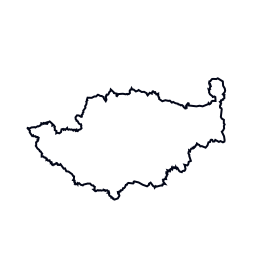 the district of Tumbiscatío, Michoacán, Mexico, rotated 16°
{"feature_id": "50627088B697962436466", "entity_name": "Tumbiscatío", "entity_type": "district", "adm_level": 2, "iso_a3": "MEX", "parent_name": "Mexico", "parent_adm1": "Michoacán", "projection": "orthographic", "projection_center": [-102.522, 18.584], "detail": "fine", "context": "isolated", "style": "outline", "palette": "ink", "viewbox_px": 256, "rotation_deg": 16, "n_neighbors": 0, "source": "geoboundaries", "source_scale": "gbopen_adm2", "svg_char_len": 5838}
<svg xmlns="http://www.w3.org/2000/svg" viewBox="0 0 256 256"><g transform="rotate(16 128 128)"><path d="M220.5,101.8L219.6,99.7L219.9,97.9L218.8,97.1L217.9,93.7L215.5,93.1L214.2,91.7L212.9,84.1L212.3,83.3L210.9,83.0L210.3,81.5L210.7,80.6L210.4,79.8L210.8,79.1L210.7,78.4L209.2,77.5L210.1,76.5L209.8,75.8L211.6,74.6L211.3,74.1L212.4,72.7L211.8,71.0L211.1,70.5L211.5,69.7L209.9,69.3L211.0,67.2L211.1,65.4L210.1,63.3L207.8,61.2L206.3,57.1L200.6,55.5L199.4,56.6L196.1,57.4L195.1,58.0L194.2,60.4L193.4,60.7L193.4,61.7L193.8,63.1L194.7,63.0L196.0,64.9L195.6,65.1L195.9,65.3L195.5,67.5L196.1,68.0L195.6,68.5L195.7,69.4L195.2,69.2L196.0,70.5L196.1,71.4L197.5,73.0L200.5,74.2L201.0,74.8L202.4,73.9L203.4,74.2L204.7,77.9L201.6,78.7L200.9,79.6L200.9,81.1L200.4,82.1L199.6,82.0L199.4,82.6L198.6,82.0L198.6,82.9L193.8,86.6L190.6,86.9L187.9,88.3L180.2,89.6L179.6,87.7L178.9,87.6L178.0,89.6L178.2,90.4L177.8,90.8L178.4,91.2L178.7,92.3L178.3,92.3L178.1,93.3L177.5,93.4L177.0,92.7L176.1,92.8L174.6,91.5L173.5,91.1L172.4,91.7L171.4,91.3L169.8,91.4L169.3,90.9L166.7,91.1L164.2,90.5L163.2,91.5L160.7,90.2L159.3,90.8L156.3,91.0L153.6,92.8L149.9,91.5L149.5,90.0L148.8,89.7L148.1,88.6L148.0,87.9L147.7,87.9L147.5,86.7L146.0,87.9L144.7,86.6L144.4,87.0L143.9,86.9L143.9,86.1L143.2,86.3L141.9,85.8L141.5,86.2L141.5,87.1L141.1,87.8L141.3,88.4L139.2,88.2L137.9,91.2L136.8,90.3L136.3,89.4L133.5,88.8L131.2,89.6L127.7,88.6L127.3,89.3L125.5,90.7L122.8,89.5L121.5,89.8L120.5,88.8L120.4,90.2L119.8,90.5L119.4,91.9L120.2,93.9L119.4,95.2L118.7,95.2L118.2,95.8L117.5,95.6L116.5,96.2L113.7,96.5L109.5,98.0L108.6,100.4L108.0,100.2L107.6,98.1L104.9,98.3L104.6,97.7L100.8,95.7L100.9,97.5L100.1,98.7L99.9,100.8L99.5,101.5L98.3,101.8L98.1,102.8L98.4,103.1L98.0,104.1L99.5,106.8L99.2,108.3L96.8,106.4L95.9,105.0L93.9,104.5L92.4,104.8L90.4,104.3L89.8,104.4L88.6,106.5L86.9,107.0L84.8,109.0L80.8,110.0L80.7,112.1L81.3,112.7L80.6,114.0L81.2,114.9L81.4,116.8L80.8,118.9L81.5,120.3L80.2,123.7L80.8,125.1L80.3,126.0L80.6,127.3L79.9,128.2L80.5,129.8L79.9,130.2L77.3,129.5L75.5,129.9L74.6,132.2L75.3,133.9L76.4,134.6L76.5,135.2L77.8,135.4L79.5,137.2L81.5,137.8L81.8,137.5L82.5,138.5L82.5,139.5L83.4,141.1L82.7,142.3L81.0,143.5L80.5,144.9L79.9,145.0L78.9,143.6L78.5,143.9L78.8,144.7L78.4,145.2L77.8,144.5L76.9,144.4L76.2,144.7L76.0,145.5L74.3,144.9L73.3,145.4L72.0,145.4L71.1,146.1L70.0,145.6L69.5,144.8L68.3,147.0L67.5,146.6L66.7,147.5L65.9,146.8L64.5,147.6L64.7,150.4L63.5,152.0L61.2,152.1L60.5,152.8L60.0,150.6L58.2,150.2L57.6,148.1L57.1,147.7L57.3,146.9L55.6,145.6L54.6,146.5L54.2,144.9L50.9,143.3L49.7,144.5L49.1,144.6L49.4,145.4L49.2,146.3L48.0,146.5L47.8,145.6L46.9,145.9L46.6,146.6L45.6,146.5L45.6,147.3L43.5,147.3L43.9,148.5L43.2,148.8L43.0,149.8L41.4,151.2L40.7,151.2L38.8,153.1L38.1,152.9L35.0,154.1L33.7,155.5L31.6,155.6L31.6,156.0L34.5,157.7L34.7,159.2L38.0,162.0L38.8,161.2L39.3,162.0L41.4,161.4L42.2,162.1L43.5,161.6L43.7,162.2L44.8,162.1L45.0,164.2L44.3,164.6L44.8,165.6L43.6,167.1L44.5,169.8L44.3,170.6L46.7,172.7L48.7,173.5L49.7,174.7L50.4,174.6L52.6,176.4L52.3,177.1L52.9,179.3L54.5,178.7L55.8,179.5L56.9,179.2L57.6,179.8L58.1,179.8L58.4,181.2L59.2,180.6L60.3,181.5L61.5,180.7L62.3,181.8L62.9,182.2L63.5,182.0L63.6,183.0L64.3,182.6L65.0,184.1L66.1,184.4L66.5,183.5L67.4,183.4L67.8,182.6L68.7,182.2L68.8,181.4L69.5,181.4L70.2,182.2L71.2,182.2L71.1,182.7L72.5,182.4L73.1,181.4L77.4,184.8L78.6,184.2L80.6,186.6L82.8,186.3L87.0,187.8L88.4,189.2L89.5,189.4L90.0,191.7L89.6,193.2L90.7,193.1L91.0,194.0L91.4,193.9L91.5,194.9L92.1,195.1L92.3,196.2L92.7,196.0L93.0,196.6L94.3,196.1L94.6,195.3L95.0,195.7L94.9,195.0L95.6,195.2L96.1,194.5L98.3,195.6L100.4,195.6L100.8,194.7L102.3,193.8L104.6,192.5L107.0,191.9L108.5,192.9L109.6,193.1L110.5,192.8L111.8,193.8L112.3,193.8L112.7,196.3L111.9,196.7L113.7,197.6L114.2,197.2L114.6,197.5L116.2,196.0L117.3,196.2L118.3,195.5L119.4,195.6L121.4,194.6L122.9,194.6L122.5,194.1L123.8,194.2L125.2,193.6L126.5,194.4L126.9,194.2L127.5,195.1L126.8,195.9L127.6,195.9L128.1,196.4L128.1,197.3L128.9,198.2L130.9,198.6L131.1,199.5L132.1,199.3L132.5,199.8L133.3,199.7L133.6,200.4L134.8,200.5L137.6,198.5L138.4,195.5L137.3,193.7L136.6,193.8L136.0,192.5L137.0,192.5L136.9,191.7L138.1,191.2L137.9,190.4L138.3,189.8L138.8,189.9L139.8,188.9L139.8,187.3L140.8,186.9L141.4,185.6L141.6,183.3L142.6,182.8L142.7,181.7L143.5,180.7L148.2,179.9L148.6,179.2L148.3,178.0L148.8,177.6L153.2,177.4L157.8,178.5L162.4,178.8L163.9,176.8L163.6,175.7L164.8,174.3L168.2,176.9L169.3,176.9L170.1,178.0L170.8,176.2L171.6,176.5L175.2,174.3L176.8,173.9L177.0,173.6L176.7,172.7L177.9,171.7L179.1,171.6L176.6,169.8L176.5,168.7L175.2,167.8L176.5,168.0L177.4,166.9L178.7,166.6L177.8,165.0L178.5,164.0L178.3,163.2L178.8,161.7L178.4,161.1L178.0,161.5L177.5,161.3L177.6,160.4L177.3,160.6L177.1,160.1L178.0,159.9L177.8,159.0L178.6,158.7L177.7,157.7L179.1,157.7L179.4,157.1L180.3,157.6L180.3,156.9L179.8,156.5L180.6,155.5L181.6,155.6L181.4,154.7L182.0,155.2L182.0,154.5L181.6,154.5L182.4,153.7L182.3,153.3L182.9,153.5L183.6,153.0L183.8,153.4L184.2,153.1L184.6,153.5L185.1,153.1L185.0,152.6L185.9,153.5L186.1,152.7L186.4,152.6L188.8,155.0L190.0,155.6L191.4,155.6L191.9,155.6L192.2,154.6L193.1,153.8L194.1,153.6L194.5,152.6L194.5,151.3L193.4,149.4L193.4,148.9L192.4,147.8L195.4,147.6L195.9,146.4L195.7,143.8L197.5,142.3L194.5,137.9L194.4,136.9L193.1,135.8L192.9,134.3L193.4,133.8L193.0,132.8L194.1,133.2L193.9,132.1L194.5,130.4L195.8,129.9L195.7,129.3L196.3,129.4L196.6,128.3L197.0,128.5L197.2,127.6L197.8,127.4L198.0,125.8L198.6,125.3L198.5,123.9L199.0,124.0L199.2,124.6L201.1,124.6L202.6,125.7L203.9,125.1L208.0,125.5L209.2,122.9L209.3,119.6L210.7,118.8L210.7,117.1L211.2,116.3L212.2,116.2L213.5,117.6L214.8,117.1L215.2,115.4L219.2,116.3L220.5,115.1L223.2,115.6L224.4,114.5L224.2,113.0L222.6,109.5L219.2,105.7L220.1,104.1L220.5,101.8Z" fill="none" stroke="#020617" stroke-width="2"/></g></svg>